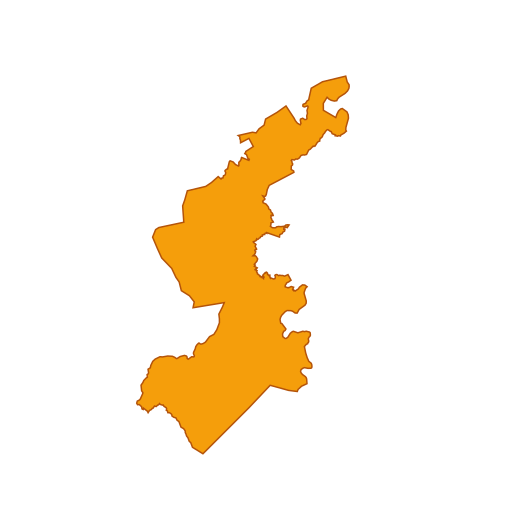 Igualapa, Guerrero, Mexico (Natural Earth projection), rotated 206°
{"feature_id": "50627088B45724771957529", "entity_name": "Igualapa", "entity_type": "district", "adm_level": 2, "iso_a3": "MEX", "parent_name": "Mexico", "parent_adm1": "Guerrero", "projection": "natural_earth1", "projection_center": [-98.499, 16.781], "detail": "fine", "context": "isolated", "style": "filled", "palette": "amber", "viewbox_px": 512, "rotation_deg": 206, "n_neighbors": 0, "source": "geoboundaries", "source_scale": "gbopen_adm2", "svg_char_len": 6113}
<svg xmlns="http://www.w3.org/2000/svg" viewBox="0 0 512 512"><g transform="rotate(206 256 256)"><path d="M254.2,457.0L272.6,441.8L279.9,431.0L277.1,419.3L278.0,418.1L278.4,415.3L278.2,415.1L280.1,413.1L280.1,412.3L279.4,411.1L278.2,411.1L277.6,411.3L275.7,413.4L274.9,413.3L274.5,412.8L274.0,409.2L272.3,406.8L271.8,404.1L270.4,401.8L270.7,400.8L271.9,400.0L274.4,400.3L276.0,398.6L275.7,397.4L273.7,394.8L273.8,393.3L277.0,393.5L280.0,394.9L282.1,396.5L294.8,404.0L300.1,394.2L307.4,383.3L306.1,377.2L309.0,371.7L309.9,366.7L313.4,365.7L324.8,356.5L323.2,356.2L322.6,355.8L321.9,354.3L320.8,353.4L319.5,351.0L313.9,358.6L306.4,353.2L311.0,345.5L310.7,344.3L311.0,343.6L311.0,343.1L309.0,343.0L306.1,340.2L304.4,340.0L304.3,338.8L312.1,338.3L312.2,337.6L311.7,336.4L311.9,334.4L312.5,332.7L311.0,329.6L311.2,329.2L314.5,329.2L317.7,330.5L321.0,330.2L321.3,329.0L319.7,321.7L320.4,321.3L321.3,319.3L321.1,318.7L319.8,317.7L319.3,316.0L319.5,314.8L320.4,313.9L319.9,311.7L320.8,311.2L321.2,309.9L324.8,310.8L328.3,302.4L331.7,296.5L346.3,284.5L344.6,275.1L343.9,268.9L335.7,254.7L355.8,239.0L357.8,235.7L357.2,227.6L348.0,219.6L339.9,212.9L326.3,207.9L318.6,201.7L313.7,199.0L307.9,192.1L298.4,191.1L291.4,187.7L289.9,181.9L264.1,200.2L263.8,195.5L263.9,187.5L261.3,183.4L259.6,179.9L258.9,172.6L259.5,167.1L262.4,163.2L263.7,156.4L265.1,154.2L266.5,152.9L267.3,152.5L269.0,152.8L269.4,152.5L270.2,150.1L270.4,148.1L269.9,145.7L269.9,142.1L269.4,140.8L267.7,139.3L267.5,138.6L267.7,138.0L269.6,137.3L271.7,133.5L273.0,133.8L273.7,135.0L274.6,135.6L276.7,135.3L280.1,132.4L281.9,129.4L282.6,128.9L284.7,129.3L287.2,129.2L291.5,127.4L295.8,124.3L298.1,123.4L301.4,119.2L302.6,116.1L302.6,111.6L302.0,109.2L303.4,106.9L301.4,104.0L301.2,102.9L301.9,101.7L300.5,99.4L301.2,98.3L302.3,94.9L302.2,92.7L302.7,89.5L299.7,84.7L297.8,83.6L297.5,82.7L297.3,76.8L297.6,75.6L299.1,73.5L298.7,71.4L297.3,70.4L295.8,71.3L292.8,70.4L291.4,68.6L290.1,68.6L290.4,69.9L285.6,68.9L284.3,67.9L284.0,70.5L282.7,72.2L282.4,73.7L281.7,74.3L281.5,76.6L279.8,76.9L278.9,79.1L278.4,79.4L278.0,81.1L277.0,80.6L274.6,81.0L274.1,81.4L272.7,80.5L270.3,80.3L269.8,79.9L269.3,79.4L269.0,78.0L267.8,78.0L266.5,76.5L265.1,77.2L263.3,77.0L262.2,76.5L261.3,75.3L259.0,75.0L257.0,75.4L255.0,73.8L252.7,73.4L248.4,69.3L245.4,69.1L243.0,67.8L242.1,66.2L241.0,65.4L239.5,63.8L237.5,62.8L234.8,60.2L232.8,59.6L229.2,56.2L217.0,55.0L195.8,116.6L186.6,146.0L167.8,149.5L159.5,152.3L159.7,154.5L158.0,158.9L154.2,163.6L156.6,167.7L157.5,168.6L158.6,169.2L162.4,169.9L164.5,170.9L165.4,171.9L165.7,173.7L164.5,175.9L163.5,176.9L160.1,177.8L157.4,179.2L157.0,179.9L157.1,180.8L158.1,182.6L159.3,183.8L162.4,184.5L165.5,187.1L168.8,190.6L172.8,195.8L172.1,198.6L171.1,199.8L171.3,200.9L171.0,201.4L171.3,202.7L172.7,204.4L172.8,206.2L172.3,207.6L172.4,208.7L173.6,210.7L174.5,211.1L177.9,210.4L179.2,209.3L180.9,208.9L184.7,205.3L189.4,204.7L190.2,203.9L191.3,201.6L191.8,196.8L192.9,195.0L193.8,194.6L196.6,195.3L198.0,197.6L198.1,200.4L197.2,201.8L197.1,203.5L203.1,206.6L204.3,206.4L206.6,209.5L207.0,211.7L206.9,214.0L205.4,218.7L204.2,220.6L200.6,222.2L198.7,222.4L195.9,221.9L194.0,222.7L193.8,226.9L190.4,233.3L190.2,235.5L191.1,237.6L196.3,243.4L196.8,244.4L197.3,248.7L196.6,250.8L199.4,251.3L201.6,250.4L203.3,247.0L203.5,245.0L205.5,241.6L207.2,242.0L207.2,241.4L208.4,241.9L208.5,244.4L211.0,244.0L212.7,241.8L213.2,241.8L213.5,241.4L216.3,241.1L216.9,242.6L216.6,244.2L216.7,245.2L215.3,247.0L213.9,249.6L219.1,253.3L221.5,250.4L223.5,250.2L225.0,249.4L226.2,249.2L226.9,248.3L229.1,248.5L229.7,248.2L230.4,247.4L230.5,246.8L229.6,246.0L229.1,244.7L229.1,243.9L230.2,243.0L233.0,242.8L233.1,242.3L233.8,242.6L235.2,244.9L235.8,244.5L235.8,244.1L237.0,244.6L237.5,244.4L238.1,245.6L239.4,246.1L239.9,245.0L240.4,245.2L241.4,241.9L241.0,241.3L240.3,241.2L239.6,240.5L239.9,240.2L239.4,239.0L239.9,239.1L241.4,240.6L241.9,239.1L243.2,239.8L243.5,239.4L244.3,240.1L246.9,240.6L247.1,241.2L248.6,242.0L248.6,243.3L250.8,243.3L250.6,244.4L250.0,244.5L249.7,245.9L253.0,246.0L252.7,247.5L253.9,247.8L252.9,251.7L253.2,254.1L255.6,255.6L256.7,255.9L258.8,254.9L258.5,255.8L257.8,256.3L258.1,257.6L257.9,258.3L258.2,259.8L259.4,260.3L259.6,260.8L259.2,261.8L258.5,262.0L258.4,262.4L261.1,264.4L261.1,266.4L264.2,267.1L264.7,267.6L262.8,269.6L262.9,271.4L262.3,271.0L262.1,271.7L261.3,272.2L261.1,273.2L260.2,274.5L260.4,275.4L259.0,276.7L259.5,277.8L258.9,278.0L258.6,278.8L257.6,279.1L257.8,280.3L257.0,281.1L256.3,281.1L256.6,281.7L243.2,283.3L244.0,285.7L242.3,287.6L242.3,289.3L241.2,290.8L241.6,292.4L242.7,292.1L243.3,293.5L242.2,294.1L242.2,295.0L240.8,295.1L240.5,295.9L240.3,295.7L239.9,298.4L241.2,298.0L242.8,296.9L243.4,295.3L246.5,293.3L248.7,292.4L250.4,291.1L250.6,290.1L252.0,289.3L253.8,288.6L256.1,289.0L256.2,290.3L257.1,292.4L255.3,294.1L256.2,294.8L257.8,295.4L258.1,296.1L259.5,297.0L259.6,298.0L260.3,298.9L260.3,299.2L259.5,299.8L258.5,299.6L258.3,300.0L260.0,301.6L261.7,302.1L263.2,303.7L265.3,304.0L266.1,305.3L267.6,306.1L269.8,307.1L273.0,307.0L273.8,308.0L273.6,308.2L273.9,309.0L272.9,310.6L273.0,311.2L276.2,313.0L274.3,313.3L273.7,314.1L273.9,314.8L273.6,315.4L275.0,320.7L275.1,325.3L258.6,347.8L259.4,348.9L262.3,349.2L263.7,352.4L263.1,353.8L263.4,354.9L264.3,355.4L265.2,356.7L266.2,357.3L266.0,358.4L263.5,359.2L262.9,360.5L261.1,361.3L260.0,363.2L259.6,366.1L258.0,367.6L256.9,367.9L255.1,369.4L255.1,374.3L254.1,375.7L252.8,379.8L252.0,379.8L251.7,380.5L251.1,380.7L250.7,384.7L250.2,386.1L249.1,387.3L249.6,388.2L249.8,390.1L249.1,390.8L248.7,392.3L248.9,394.6L248.2,397.0L248.2,398.3L247.4,400.7L246.7,401.1L243.8,400.6L243.0,400.8L241.1,399.3L237.7,399.7L237.6,398.8L235.1,399.5L234.7,400.3L232.7,400.9L232.8,401.9L230.7,405.0L229.5,407.9L230.5,408.5L231.5,410.8L233.3,420.4L235.0,423.3L237.4,425.4L243.1,426.4L244.4,425.2L245.4,422.5L245.4,418.9L245.0,415.4L259.3,416.5L262.4,422.7L261.7,429.8L259.2,429.0L256.7,428.9L253.5,429.6L251.5,431.0L251.5,433.1L250.9,435.2L247.2,441.3L246.1,444.5L246.0,447.3L246.5,449.0L247.4,450.7L250.3,452.4L254.2,457.0Z" fill="#f59e0b" stroke="#b45309" stroke-width="1.5"/></g></svg>